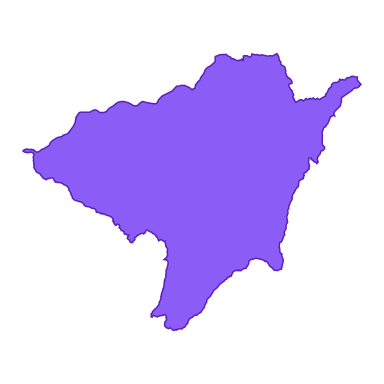 the district of Rovira, Tolima, Colombia
{"feature_id": "7082276B59916866307322", "entity_name": "Rovira", "entity_type": "district", "adm_level": 2, "iso_a3": "COL", "parent_name": "Colombia", "parent_adm1": "Tolima", "projection": "robinson", "projection_center": [-75.359, 4.193], "detail": "fine", "context": "isolated", "style": "filled", "palette": "violet", "viewbox_px": 384, "rotation_deg": 0, "n_neighbors": 0, "source": "geoboundaries", "source_scale": "gbopen_adm2", "svg_char_len": 5928}
<svg xmlns="http://www.w3.org/2000/svg" viewBox="0 0 384 384"><path d="M166.3,257.7L164.0,259.6L166.6,259.9L168.2,262.0L167.8,265.7L167.1,267.0L167.3,268.4L166.5,269.2L166.1,270.3L166.1,273.7L165.7,274.7L166.0,276.8L164.6,279.9L164.9,280.7L164.4,281.0L164.5,281.9L164.0,283.1L164.3,285.0L163.8,285.7L164.0,286.9L162.9,288.9L163.2,289.5L162.4,290.8L162.4,291.6L161.7,292.7L161.7,293.9L161.2,294.6L161.5,295.8L160.8,296.5L161.0,297.5L160.6,299.7L159.2,302.3L159.1,304.7L157.5,306.1L156.9,307.6L155.5,308.5L152.4,311.8L152.0,313.6L151.1,313.9L151.5,315.9L151.1,316.8L152.0,317.2L153.3,315.7L153.9,315.5L157.0,316.9L161.0,315.5L162.6,315.6L164.0,314.6L165.5,315.1L166.4,316.8L166.0,317.9L166.6,319.2L166.3,320.3L164.8,322.2L164.6,325.9L166.5,327.8L169.0,328.7L169.9,328.0L170.8,328.0L172.4,329.9L174.1,330.4L174.9,329.8L176.1,330.1L176.3,329.5L177.4,329.7L178.4,329.0L182.4,328.8L182.9,327.8L184.9,327.0L186.8,323.9L187.6,323.7L188.1,321.3L189.9,318.5L192.2,317.4L194.3,315.4L196.8,315.2L199.5,312.9L200.8,312.5L202.4,309.8L204.4,307.4L204.8,305.1L206.8,301.8L206.7,300.1L207.1,299.4L210.4,296.2L214.1,290.1L217.3,287.6L218.9,285.2L220.9,283.4L224.2,281.1L224.8,280.0L226.6,279.2L227.3,277.6L228.8,277.4L229.6,276.3L231.2,276.1L232.8,272.2L234.4,271.0L235.9,270.4L237.6,270.7L238.6,269.9L239.2,270.7L240.4,270.8L244.0,268.5L246.1,268.4L246.7,266.7L247.3,266.4L248.6,263.8L249.1,261.0L250.0,260.0L256.1,258.2L262.1,259.6L264.1,260.5L265.1,261.5L266.3,261.3L267.7,262.7L270.2,266.7L271.6,267.3L274.1,270.2L277.8,270.6L279.5,269.5L281.4,269.2L283.4,260.2L281.5,255.1L282.0,254.1L280.4,252.8L279.7,251.7L279.9,250.3L279.2,245.9L279.7,242.5L281.4,241.9L283.3,237.7L283.6,236.0L284.8,234.9L284.1,232.8L284.8,230.6L286.1,229.0L286.1,224.7L287.6,222.3L286.7,216.8L288.0,213.0L287.6,210.4L288.9,208.1L288.6,206.6L289.9,204.0L290.1,202.4L291.1,201.2L292.3,198.7L292.1,197.5L292.5,194.8L294.0,192.8L296.0,188.9L298.5,186.2L298.7,182.4L299.6,180.4L303.4,178.6L303.5,176.7L304.3,175.7L303.6,174.8L304.3,173.1L306.1,172.2L308.3,169.5L309.2,169.0L308.9,167.5L309.6,166.5L308.4,161.6L309.0,159.9L308.6,158.4L310.0,157.7L311.3,158.0L311.7,158.6L311.2,159.4L313.1,160.6L313.8,161.6L316.5,162.7L316.9,163.5L318.2,162.2L317.6,160.4L317.1,160.0L317.2,158.9L318.6,155.5L319.9,154.4L321.0,151.2L321.7,150.7L323.0,150.6L324.6,148.5L324.6,147.1L322.8,145.2L322.2,143.7L322.4,135.2L322.0,132.5L323.8,127.7L326.2,126.2L326.5,124.8L327.6,123.8L329.1,120.6L330.5,116.7L331.4,116.6L333.2,115.3L334.6,115.9L333.8,113.5L334.8,111.3L340.3,106.0L341.5,100.8L341.4,97.8L351.7,90.6L353.4,88.8L354.6,88.2L357.6,87.7L359.3,86.4L359.9,85.2L361.0,84.5L357.2,79.9L357.4,77.0L355.1,77.0L353.3,76.2L351.5,76.4L349.0,77.8L347.2,77.6L345.0,80.0L343.6,79.9L342.6,79.4L341.3,80.1L339.7,79.2L338.9,81.2L337.7,82.3L334.7,82.5L333.0,83.1L331.5,84.9L331.5,86.5L328.8,88.8L327.0,92.9L325.5,94.4L325.7,95.9L320.6,98.7L319.9,99.5L318.9,99.5L317.4,98.3L315.0,99.6L313.4,97.9L311.3,99.1L310.0,98.3L307.8,99.4L306.8,99.2L306.2,98.4L303.5,101.0L302.1,99.9L300.3,99.6L296.0,102.3L294.3,100.2L294.2,98.8L293.2,97.8L292.7,96.6L293.7,95.2L293.3,93.8L292.4,92.8L292.3,91.0L291.6,90.5L291.3,89.7L290.5,89.4L288.6,85.3L289.0,84.3L291.9,83.4L292.1,81.8L290.7,79.4L288.9,77.9L288.0,77.9L287.7,76.8L286.5,75.6L286.2,74.0L285.5,72.9L285.8,70.9L284.8,67.1L284.4,66.4L282.9,65.9L280.9,64.5L280.7,61.6L279.5,60.7L278.6,56.4L276.9,53.6L272.6,56.0L270.6,55.7L267.6,56.1L262.3,54.9L261.1,54.9L259.8,55.5L257.6,54.6L255.1,54.8L252.0,53.9L251.4,55.9L250.1,57.3L247.2,55.8L244.1,55.7L243.3,56.2L243.5,59.6L243.1,60.4L241.8,59.0L241.0,60.2L240.5,60.0L239.8,60.5L239.1,60.1L238.4,60.6L236.6,60.5L233.2,58.6L232.2,58.9L231.1,58.4L230.8,57.3L227.5,55.7L226.4,54.4L220.2,54.7L215.4,56.5L215.1,57.5L215.2,61.6L210.9,65.6L207.4,67.5L205.4,69.5L203.8,73.4L200.7,77.7L199.8,80.1L198.1,81.6L195.6,84.7L194.8,88.5L194.5,88.7L193.3,88.8L192.0,89.7L189.4,87.6L184.4,85.4L180.8,85.4L180.0,86.0L176.6,86.2L172.0,91.1L162.0,96.1L158.7,99.6L157.4,102.4L156.2,103.6L154.7,103.8L149.3,103.1L142.4,101.5L139.4,103.5L138.4,105.0L135.5,106.0L133.3,105.5L129.7,103.4L127.2,102.4L123.7,101.5L121.5,101.5L118.2,102.2L116.2,103.4L112.9,106.2L109.2,108.2L106.4,111.5L104.1,112.5L99.7,112.5L97.1,110.5L95.7,109.9L93.5,110.1L89.8,112.2L80.8,112.2L79.2,112.6L76.1,117.1L75.1,122.8L73.1,126.7L68.2,133.1L67.2,133.9L62.9,135.4L62.1,136.6L57.9,137.4L55.8,138.5L52.7,140.4L50.3,142.6L49.4,145.1L48.7,145.7L44.0,148.6L41.5,149.5L40.1,150.9L37.3,152.3L35.6,151.6L33.6,149.8L31.7,149.4L28.9,149.5L26.4,149.0L24.2,149.8L23.0,151.0L24.4,152.0L27.1,152.7L31.8,152.2L34.0,153.9L33.2,157.4L33.6,159.3L33.3,160.8L33.8,162.0L33.7,164.0L34.1,165.1L33.8,167.3L36.4,171.9L37.4,172.7L39.6,173.4L43.2,178.2L46.3,179.7L47.6,178.6L49.7,178.5L50.6,177.8L52.8,178.0L53.4,178.4L53.6,179.3L55.4,182.2L56.5,181.9L57.2,182.5L60.1,182.6L62.4,183.4L63.9,184.7L66.4,185.7L68.2,187.5L68.8,188.7L68.8,190.0L70.7,192.7L71.1,194.8L72.2,196.5L72.4,198.1L74.6,200.1L82.3,202.5L84.0,204.4L84.1,205.1L85.5,206.3L90.3,207.1L91.3,208.1L94.8,208.8L95.8,210.0L96.4,212.4L98.0,212.1L100.6,213.6L101.7,213.2L102.3,214.0L102.9,214.2L103.9,213.7L105.9,215.0L106.7,215.0L107.2,215.4L109.8,216.1L112.4,217.9L113.3,219.8L112.7,221.1L113.9,221.7L113.7,222.9L115.5,225.3L116.0,225.4L117.2,224.1L118.0,224.2L118.2,224.7L119.4,225.1L119.8,226.1L119.1,227.8L120.4,228.6L121.4,230.6L123.9,231.2L124.1,233.3L124.5,234.1L125.5,233.9L126.6,234.8L127.9,234.6L128.6,235.0L128.8,235.8L127.7,236.4L127.4,238.7L129.1,239.8L130.2,242.2L131.7,242.7L132.7,242.5L132.6,241.4L134.5,240.2L134.9,239.4L134.6,238.5L134.9,237.8L136.7,236.4L137.3,235.2L138.1,235.3L140.6,233.6L142.7,233.4L143.8,233.9L144.5,232.8L145.2,232.7L146.0,230.4L146.8,230.0L149.9,231.7L151.7,232.2L152.5,233.4L154.9,234.4L155.9,236.2L157.3,237.4L158.7,240.8L160.9,239.5L164.1,241.5L165.2,241.1L165.0,242.1L165.9,245.5L165.7,246.1L167.7,249.0L167.2,251.5L167.6,255.3L166.3,257.7Z" fill="#8b5cf6" stroke="#5b21b6" stroke-width="1.5"/></svg>